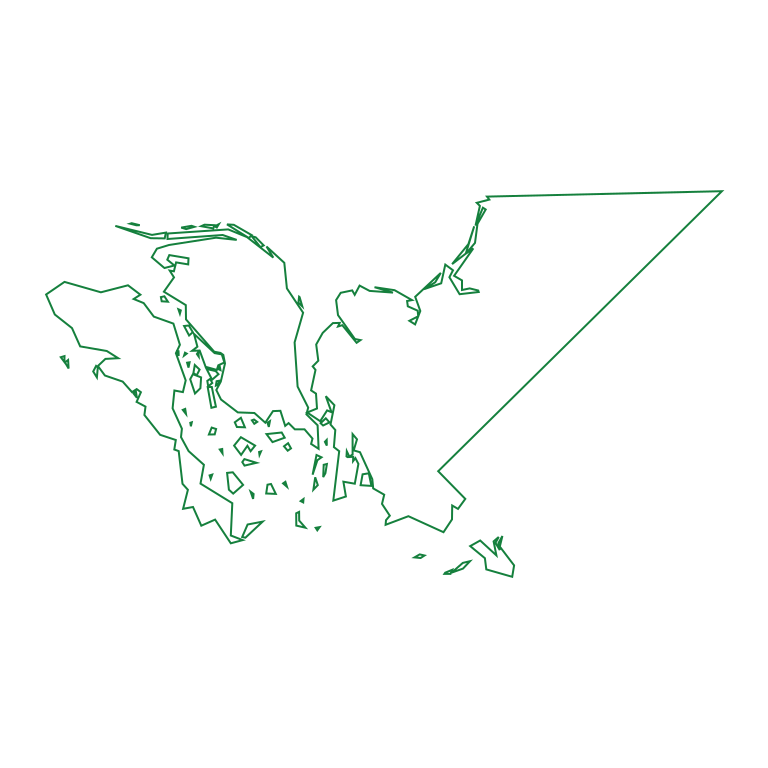 the district of West New Georgia-Vonavona, Western, Solomon Islands
{"feature_id": "97153195B60589272182469", "entity_name": "West New Georgia-Vonavona", "entity_type": "district", "adm_level": 2, "iso_a3": "SLB", "parent_name": "Solomon Islands", "parent_adm1": "Western", "projection": "natural_earth1", "projection_center": [157.168, -8.247], "detail": "fine", "context": "isolated", "style": "outline", "palette": "green", "viewbox_px": 768, "rotation_deg": 0, "n_neighbors": 0, "source": "geoboundaries", "source_scale": "gbopen_adm2", "svg_char_len": 6169}
<svg xmlns="http://www.w3.org/2000/svg" viewBox="0 0 768 768"><path d="M721.9,191.2L487.0,196.6L489.3,199.6L476.8,202.8L479.9,205.9L475.5,225.6L482.9,207.7L485.7,209.5L477.5,223.8L475.0,242.9L466.2,253.4L473.3,248.4L454.1,275.8L462.0,280.4L462.0,290.0L469.7,288.4L478.2,290.5L478.7,292.0L459.6,294.2L449.4,277.2L453.0,270.3L445.3,264.6L441.2,283.3L424.0,289.2L435.2,282.3L440.8,272.9L415.2,296.8L420.3,311.0L415.1,324.4L409.4,320.8L418.2,316.3L417.7,310.7L407.8,306.3L407.1,301.0L412.0,300.1L394.6,290.2L374.5,287.2L393.0,292.6L369.6,290.9L359.6,285.6L354.7,294.8L352.2,290.4L340.7,292.8L336.1,300.1L338.0,315.1L354.9,339.0L360.5,340.1L356.6,342.8L342.3,325.2L338.0,326.5L339.7,322.9L332.9,323.1L322.7,332.9L316.2,344.5L318.3,360.7L312.7,366.4L315.5,369.9L311.1,390.4L316.0,393.6L317.0,408.5L307.2,412.5L320.2,421.2L327.1,410.4L331.5,412.2L325.8,396.2L334.4,405.2L330.5,424.5L335.3,430.0L333.9,447.1L339.2,451.2L333.3,500.6L345.9,496.5L343.4,481.7L354.8,483.7L358.4,463.9L355.4,458.1L353.1,461.1L353.2,456.8L347.5,457.1L346.5,456.4L346.8,451.3L349.4,456.7L352.6,454.4L352.6,434.1L357.0,439.3L353.7,450.4L360.0,452.2L372.3,479.2L373.2,488.4L384.2,494.7L382.0,503.9L389.8,515.7L386.0,520.2L385.6,524.8L408.4,516.2L443.5,532.2L452.0,519.4L452.2,505.5L458.0,508.9L465.3,498.9L438.2,471.2L721.9,191.2ZM318.6,448.8L317.6,425.3L306.4,414.3L308.2,407.6L297.6,386.6L294.6,342.4L303.1,312.7L286.9,288.4L284.3,262.8L266.5,246.5L273.3,257.6L247.0,237.1L228.2,229.4L167.7,233.5L167.5,239.0L222.7,235.0L236.7,239.9L216.0,237.7L169.0,245.0L156.9,248.7L151.8,257.3L164.4,268.0L174.4,265.5L167.3,259.7L169.3,255.1L188.5,258.3L188.2,264.4L176.1,262.4L173.9,271.3L169.7,270.6L174.0,277.4L163.9,291.7L185.8,305.1L186.0,319.4L214.2,351.7L220.5,352.9L223.3,354.9L225.0,363.4L220.8,381.6L216.3,390.0L221.0,399.5L237.8,412.4L254.4,413.0L265.3,422.7L273.0,411.1L280.4,410.8L285.2,425.9L288.6,423.1L294.8,429.3L304.5,429.3L312.5,438.6L311.1,443.9L318.6,448.8ZM242.7,540.1L230.8,535.5L232.3,503.2L200.5,483.6L203.9,464.8L188.6,451.1L181.0,437.1L181.9,428.7L172.6,408.3L174.4,390.5L182.9,392.1L185.7,380.4L175.9,353.2L179.9,344.8L173.4,323.6L153.8,316.6L143.7,303.1L133.7,299.0L140.4,294.7L128.0,285.3L100.9,292.3L64.5,281.9L46.1,294.5L54.8,314.5L72.0,328.1L80.2,346.4L106.8,351.0L118.2,358.2L105.4,358.9L97.9,366.0L104.9,375.5L122.7,381.6L132.0,392.1L136.7,389.1L140.9,392.2L136.6,401.9L145.5,406.6L144.4,415.0L160.1,434.8L175.8,440.0L174.3,449.5L178.7,451.1L182.5,483.8L187.9,489.8L183.1,508.8L193.0,507.0L201.3,525.7L215.1,519.6L230.8,543.3L242.7,540.1ZM502.4,536.0L498.4,543.2L499.8,550.1L495.5,542.9L498.7,537.0L493.6,541.4L496.4,555.4L480.2,540.5L470.2,546.1L484.9,558.2L486.3,569.4L512.2,576.8L514.1,565.4L499.8,546.6L502.4,536.0ZM224.4,362.5L221.8,354.4L214.6,353.1L194.0,333.9L197.4,346.7L192.1,350.8L199.7,350.6L205.6,366.8L216.8,369.9L218.3,365.3L224.4,362.5ZM243.1,484.9L232.8,472.3L227.1,472.9L228.9,489.7L233.2,493.6L243.1,484.9ZM255.1,445.6L240.9,437.2L234.1,445.6L241.1,454.9L247.4,445.8L250.6,451.2L255.1,445.6ZM165.9,232.6L152.0,234.9L115.3,225.9L150.7,238.2L164.7,238.4L165.9,232.6ZM201.1,377.4L192.9,374.2L190.2,379.2L195.0,393.5L200.4,388.2L201.1,377.4ZM284.7,437.7L281.7,432.5L266.5,434.1L272.5,442.1L284.7,437.7ZM371.4,485.9L368.8,473.3L362.6,474.3L360.6,485.2L371.4,485.9ZM262.7,521.6L247.6,524.5L242.2,537.0L245.4,537.7L262.7,521.6ZM465.8,253.6L474.2,226.3L468.4,244.1L452.1,264.1L465.8,253.6ZM251.7,235.1L233.8,224.8L227.0,224.4L248.9,238.0L251.7,235.1ZM215.9,406.7L211.8,387.0L207.7,387.1L211.4,407.8L215.9,406.7ZM275.8,493.9L271.0,484.0L267.5,484.7L266.2,493.5L275.8,493.9ZM218.5,374.2L215.7,371.1L206.6,369.0L212.1,379.7L218.5,374.2ZM305.4,527.7L299.2,520.6L299.1,511.9L296.2,513.3L296.3,525.6L305.4,527.7ZM244.9,427.3L240.9,417.8L234.8,422.3L236.9,427.0L244.9,427.3ZM470.0,561.2L462.8,562.9L451.7,572.6L463.0,568.6L470.0,561.2ZM263.7,245.4L255.7,237.3L251.7,236.2L260.4,247.1L263.7,245.4ZM192.8,332.2L188.8,325.5L184.1,326.0L189.1,335.5L192.8,332.2ZM199.6,369.6L194.8,365.0L193.4,373.0L196.7,375.3L199.6,369.6ZM256.5,462.8L244.4,459.1L242.3,462.1L244.5,465.6L256.5,462.8ZM216.1,429.0L211.7,427.6L208.9,434.5L214.7,434.4L216.1,429.0ZM321.5,457.3L316.5,455.0L312.6,474.7L317.4,460.2L321.5,457.3ZM326.9,464.0L323.7,464.8L323.2,477.1L325.4,473.2L326.9,464.0ZM96.9,377.4L97.8,367.4L96.1,365.9L93.2,371.5L96.9,377.4ZM291.0,448.4L288.1,443.2L284.0,446.3L287.7,450.7L291.0,448.4ZM167.9,301.7L164.4,296.3L160.9,297.1L161.7,301.3L167.9,301.7ZM317.8,485.1L315.2,477.3L313.4,489.7L317.8,485.1ZM329.5,422.4L325.8,418.3L320.6,423.2L323.1,425.5L329.5,422.4ZM214.5,225.2L204.5,224.7L201.2,226.2L213.3,228.4L214.5,225.2ZM68.6,368.5L68.1,360.0L65.0,362.4L68.6,368.5ZM212.3,383.0L210.1,378.9L207.3,380.9L208.2,386.3L212.3,383.0ZM194.5,226.8L191.5,225.8L181.2,227.6L186.2,229.1L194.5,226.8ZM424.5,555.5L419.7,554.4L414.5,557.4L420.6,558.0L424.5,555.5ZM253.1,498.9L253.6,494.0L250.6,491.7L253.1,498.9ZM64.4,362.0L64.5,356.1L60.8,357.2L64.4,362.0ZM302.3,306.4L299.6,297.1L299.1,296.7L298.4,302.6L302.3,306.4ZM220.5,370.1L219.4,364.9L218.5,369.2L220.5,370.1ZM452.2,569.8L445.2,572.7L444.4,573.9L450.5,573.9L452.2,569.8ZM222.5,453.4L222.2,449.0L219.8,449.5L222.5,453.4ZM257.2,421.9L254.0,419.5L251.9,420.3L254.3,423.8L257.2,421.9ZM186.0,414.0L185.2,408.9L182.8,409.9L186.0,414.0ZM268.8,426.9L269.9,421.2L267.5,422.8L268.8,426.9ZM326.8,445.6L326.7,439.9L324.9,441.8L326.8,445.6ZM216.8,227.5L218.8,224.2L214.7,226.3L216.8,227.5ZM210.7,478.8L212.2,474.6L209.6,475.4L210.7,478.8ZM220.0,380.6L216.6,381.2L215.9,385.6L217.4,384.9L220.0,380.6ZM136.9,397.8L135.9,391.6L133.6,393.5L136.9,397.8ZM178.7,355.9L178.5,351.2L177.3,351.1L178.7,355.9ZM188.5,367.6L189.6,362.3L187.1,362.7L188.5,367.6ZM287.0,486.8L285.4,481.8L283.1,483.4L287.0,486.8ZM179.9,313.7L180.8,310.4L178.4,309.3L179.9,313.7ZM190.9,426.3L191.8,422.3L190.3,422.8L190.9,426.3ZM184.1,355.6L186.7,353.6L185.0,352.7L184.1,355.6ZM198.7,356.6L198.4,351.9L196.9,354.0L198.7,356.6ZM317.3,530.3L319.6,527.1L315.7,527.8L317.3,530.3ZM303.2,502.4L303.5,499.0L300.7,501.1L303.2,502.4ZM259.5,454.9L261.0,451.4L259.1,452.0L259.5,454.9ZM139.8,225.2L131.7,223.2L130.1,223.7L136.4,225.3L139.8,225.2Z" fill="none" stroke="#15803d" stroke-width="2"/></svg>